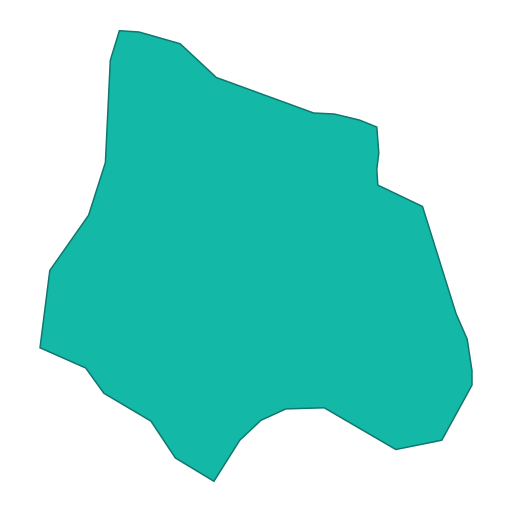 the border of Velenje
{"feature_id": "SVN-1001", "entity_name": "Velenje", "entity_type": "Municipality", "adm_level": 1, "iso_a3": "SVN", "parent_name": "Slovenia", "parent_adm1": "", "projection": "robinson", "projection_center": [15.138, 46.376], "detail": "fine", "context": "isolated", "style": "filled", "palette": "teal", "viewbox_px": 512, "rotation_deg": 0, "n_neighbors": 0, "source": "natural_earth", "source_scale": "10m", "svg_char_len": 518}
<svg xmlns="http://www.w3.org/2000/svg" viewBox="0 0 512 512"><path d="M119.4,30.7L139.0,32.0L180.2,43.8L216.3,77.5L313.6,113.0L334.2,114.0L359.6,120.1L376.8,127.1L378.8,153.0L376.8,169.4L377.8,185.1L422.5,206.5L456.1,313.8L467.2,339.2L472.0,370.8L472.0,385.1L441.8,440.2L395.8,449.5L324.2,407.8L285.8,408.9L260.9,420.3L239.8,440.2L213.9,481.3L175.4,458.0L150.9,421.1L103.9,393.3L85.7,368.0L40.0,347.8L49.8,270.5L88.6,215.2L105.4,162.5L110.3,60.3L119.4,30.7Z" fill="#14b8a6" stroke="#0f766e" stroke-width="1.5"/></svg>